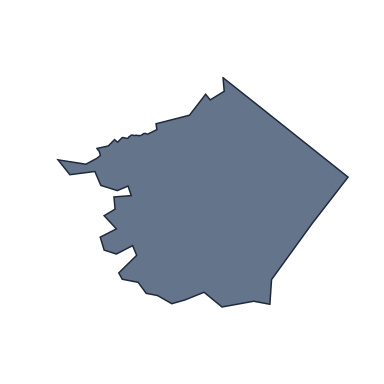 outline of Davie, North Carolina, United States of America, rotated 125°
{"feature_id": "52423323B1235583382537", "entity_name": "Davie", "entity_type": "district", "adm_level": 2, "iso_a3": "USA", "parent_name": "United States of America", "parent_adm1": "North Carolina", "projection": "orthographic", "projection_center": [-80.521, 35.903], "detail": "fine", "context": "isolated", "style": "filled", "palette": "slate", "viewbox_px": 384, "rotation_deg": 125, "n_neighbors": 0, "source": "geoboundaries", "source_scale": "gbopen_adm2", "svg_char_len": 1081}
<svg xmlns="http://www.w3.org/2000/svg" viewBox="0 0 384 384"><g transform="rotate(125 192 192)"><path d="M218.1,76.6L148.3,75.5L144.3,75.3L90.3,72.7L83.2,188.1L80.9,226.9L80.7,229.9L80.5,231.9L80.6,232.1L91.0,223.4L106.1,229.9L104.1,236.9L130.5,238.1L156.7,260.6L161.0,256.6L169.9,261.4L170.4,261.9L170.7,263.8L171.8,265.0L174.8,266.2L175.3,266.5L177.0,269.0L177.3,270.1L178.8,271.6L179.6,273.5L180.2,274.3L180.9,274.6L182.0,274.8L183.0,275.3L183.9,275.3L184.8,275.4L185.2,275.7L185.4,275.9L185.8,277.2L186.3,278.2L186.8,279.5L187.5,280.4L193.8,281.5L193.9,281.8L193.5,285.5L202.3,287.0L210.8,294.8L211.4,293.7L211.6,291.8L213.3,289.5L214.7,288.0L219.1,289.3L230.2,295.0L242.5,320.2L247.9,302.0L230.9,283.3L238.9,270.5L233.7,254.0L223.8,247.8L229.8,239.7L240.8,253.1L250.2,245.2L261.8,250.4L265.6,232.8L281.6,241.3L290.0,230.6L286.2,218.4L270.0,209.9L275.6,201.0L300.3,205.6L303.5,199.1L296.9,184.3L301.3,171.4L296.6,160.9L295.1,144.5L284.4,135.8L283.6,135.3L267.2,124.6L269.0,101.5L246.1,78.8L239.3,63.8L218.1,76.6Z" fill="#64748b" stroke="#1e293b" stroke-width="1.5"/></g></svg>